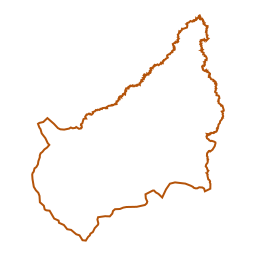 Ban Kruat, Buri Ram, Thailand
{"feature_id": "78962969B45886211066420", "entity_name": "Ban Kruat", "entity_type": "district", "adm_level": 2, "iso_a3": "THA", "parent_name": "Thailand", "parent_adm1": "Buri Ram", "projection": "albers", "projection_center": [103.161, 14.416], "detail": "fine", "context": "isolated", "style": "outline", "palette": "amber", "viewbox_px": 256, "rotation_deg": 0, "n_neighbors": 0, "source": "geoboundaries", "source_scale": "gbopen_adm2", "svg_char_len": 5764}
<svg xmlns="http://www.w3.org/2000/svg" viewBox="0 0 256 256"><path d="M200.4,43.9L200.7,42.8L200.2,41.5L201.6,40.8L201.3,40.4L202.0,40.3L201.8,39.9L203.7,39.6L204.2,40.3L204.5,39.3L205.5,40.2L206.5,39.9L206.5,40.5L208.3,38.6L207.6,38.4L206.9,36.9L207.5,35.4L206.6,34.9L206.5,31.6L206.0,31.7L206.2,30.6L206.7,30.4L206.4,28.8L206.9,28.5L206.8,27.7L207.5,27.4L207.6,26.1L206.1,25.9L204.0,24.2L204.5,23.3L203.5,23.3L203.7,21.6L203.0,21.4L203.0,20.4L202.1,20.4L202.9,20.0L202.1,18.6L201.2,18.4L200.8,19.4L199.9,19.2L199.5,18.2L200.3,16.8L199.7,15.4L198.9,15.9L198.6,17.9L197.8,17.7L196.8,19.1L196.1,18.3L195.8,20.0L194.9,20.0L194.5,20.9L194.0,21.2L193.4,20.4L192.2,21.6L190.5,21.0L188.7,22.6L187.3,22.9L187.2,23.8L186.4,24.1L187.4,25.1L187.0,27.5L183.0,28.9L182.0,28.7L181.6,30.4L180.3,31.2L180.2,31.8L179.3,31.3L178.9,33.5L177.8,34.7L178.4,36.6L178.0,37.0L178.4,37.2L178.2,38.5L178.7,38.8L178.0,39.4L178.0,40.2L177.5,40.3L178.1,41.3L177.2,41.7L177.6,42.1L177.2,42.4L176.0,42.1L175.6,42.6L175.3,42.1L174.9,42.7L172.8,44.0L173.3,45.8L174.2,46.2L174.4,46.8L173.7,47.5L174.1,48.3L174.7,48.3L174.7,49.2L173.7,49.0L173.4,49.9L173.7,50.2L172.0,51.2L172.3,52.2L170.6,52.9L169.9,54.2L169.0,54.2L167.3,55.2L167.0,56.0L167.8,57.6L165.9,58.7L165.5,59.4L163.9,60.0L163.9,60.7L162.9,61.1L162.8,62.9L162.3,62.6L161.9,63.2L161.7,62.6L160.9,62.6L160.7,63.6L158.6,65.2L157.5,64.4L156.2,65.2L154.7,64.8L153.8,65.9L154.3,66.4L152.4,67.5L152.6,68.3L150.6,68.1L150.4,68.6L151.2,70.1L150.3,70.6L150.8,71.0L150.6,71.8L150.2,71.7L150.4,72.3L149.6,72.4L149.8,73.1L149.0,73.3L148.7,74.1L148.4,73.7L148.1,74.2L147.6,73.9L147.7,74.3L146.9,74.9L146.3,74.6L146.1,75.0L145.0,74.9L144.3,74.4L143.7,75.3L145.0,75.9L144.6,76.1L144.8,76.7L144.2,76.8L144.3,77.4L143.7,77.6L144.1,77.8L143.8,79.2L143.0,79.1L141.6,79.9L142.5,81.2L141.5,81.7L140.9,81.5L140.5,82.9L139.7,83.2L139.8,84.8L139.1,84.4L137.5,84.7L137.8,85.2L137.5,85.6L136.6,85.9L135.2,85.4L134.6,86.2L133.1,86.3L132.7,85.3L131.1,86.1L130.3,85.6L129.6,86.2L130.0,86.5L128.5,87.3L128.6,88.5L128.1,88.6L127.8,87.8L127.3,88.5L126.2,88.3L125.5,89.9L126.3,90.9L126.1,91.3L125.2,91.1L125.1,92.3L124.5,93.1L125.2,93.7L125.1,94.4L124.5,94.0L124.0,94.3L124.0,93.8L122.9,94.1L122.3,96.1L120.8,96.2L121.0,97.0L120.1,96.4L119.1,97.1L118.9,98.0L119.4,98.5L118.7,99.0L119.1,99.4L118.5,99.5L118.3,100.7L116.8,101.3L117.1,101.8L116.3,102.4L116.6,104.1L115.5,104.3L115.0,103.9L113.4,105.1L112.4,104.9L112.1,105.4L111.4,105.1L111.1,105.6L108.8,105.8L106.8,107.0L107.1,108.2L105.7,108.3L105.2,107.8L102.9,108.0L102.0,108.4L101.9,109.0L100.4,108.8L99.6,109.9L97.6,109.7L96.9,110.3L95.9,110.0L94.8,111.4L92.7,112.1L93.0,113.3L91.6,114.7L90.1,114.4L90.1,113.8L88.9,113.6L87.2,114.7L86.6,114.5L85.2,116.7L86.1,118.5L84.8,118.5L83.5,119.1L82.3,123.4L81.0,124.2L80.9,125.2L81.7,125.9L81.8,127.5L81.1,127.8L81.0,128.4L79.0,128.8L76.2,127.0L75.5,127.8L72.8,128.3L70.8,127.5L69.1,128.6L64.2,129.6L60.3,129.3L57.9,128.1L53.9,123.8L47.4,118.1L43.3,122.0L39.4,122.9L38.0,123.8L39.4,127.6L40.5,129.1L41.7,133.4L45.4,138.2L47.7,143.1L49.3,144.9L47.1,147.5L44.4,149.4L42.4,151.9L40.6,153.3L39.8,155.4L39.8,157.3L38.4,161.1L37.9,164.4L36.3,167.1L34.5,168.4L33.7,171.7L32.6,173.1L32.2,174.7L32.5,179.1L33.8,186.8L35.9,190.3L38.3,192.8L39.5,195.9L39.9,202.3L43.8,205.7L44.7,209.4L46.2,210.3L49.6,210.7L54.2,218.6L58.6,220.6L59.0,222.8L63.9,225.0L67.2,229.2L71.1,229.9L76.3,234.3L79.5,235.3L82.5,240.2L85.8,240.6L88.1,236.9L89.8,235.4L90.4,233.7L92.9,232.0L94.7,228.2L98.1,224.6L98.3,223.2L97.4,219.5L98.1,217.2L105.2,216.2L109.8,216.4L112.3,213.6L113.0,211.0L115.0,209.2L119.9,209.0L123.3,207.6L126.5,207.0L136.8,206.8L144.9,205.0L146.7,203.4L147.3,201.6L145.8,198.3L145.5,194.3L152.9,190.5L154.0,190.5L155.8,192.4L158.5,193.9L162.2,197.5L166.0,189.4L169.9,183.7L175.0,182.4L185.3,183.6L190.7,185.7L193.0,186.9L193.6,187.7L195.4,188.3L197.3,188.3L199.2,187.3L202.4,187.5L204.1,188.6L204.9,191.3L210.3,188.7L210.4,183.8L209.8,182.3L210.1,181.3L209.2,179.9L208.3,179.4L207.4,175.5L207.7,174.7L206.7,173.3L207.2,173.3L207.6,171.7L208.4,170.7L207.5,169.9L206.9,167.8L205.7,166.3L206.2,164.5L207.5,162.8L207.9,160.7L207.5,160.0L208.1,159.3L207.4,158.4L207.6,156.9L206.9,156.0L207.1,153.3L208.9,151.0L209.5,150.9L210.1,151.5L212.5,149.7L214.7,146.2L215.5,143.2L215.4,142.4L214.1,141.6L211.6,140.8L210.8,141.1L209.2,140.3L208.8,139.5L207.0,138.3L206.5,136.6L207.1,136.1L206.9,135.5L207.5,135.3L207.4,134.9L207.9,134.9L207.2,134.0L208.7,134.2L209.6,133.6L209.9,134.0L210.4,133.5L210.5,133.9L211.7,132.8L213.6,133.1L214.3,132.7L214.3,132.0L215.9,131.9L216.6,131.4L216.7,130.3L217.1,130.2L217.5,129.0L217.2,128.7L217.7,128.4L217.3,127.8L218.2,126.9L218.5,124.5L219.8,123.1L220.2,121.1L221.8,119.4L222.1,118.0L222.8,117.8L222.5,117.3L223.2,116.1L222.6,114.4L223.0,113.4L221.8,111.5L223.6,110.9L223.8,110.2L222.5,106.0L221.7,105.9L221.9,105.5L220.9,105.2L220.9,104.7L218.6,103.0L218.7,101.7L218.1,101.1L218.7,100.5L218.5,99.3L219.4,98.3L219.1,96.6L218.5,95.6L216.5,95.2L216.7,93.0L215.2,92.2L215.1,91.4L215.9,89.9L215.6,88.7L216.3,88.4L215.5,86.6L216.4,85.3L216.4,83.8L215.7,83.5L215.2,83.8L215.0,83.4L215.8,82.2L214.9,81.3L214.7,81.6L213.5,81.2L213.7,80.4L213.3,79.8L211.1,79.2L210.1,77.2L208.8,77.0L208.9,76.0L209.5,75.4L209.1,75.0L210.0,74.2L210.0,73.7L208.3,72.1L207.5,72.1L207.4,70.8L206.2,71.4L205.7,70.9L205.8,70.2L204.6,70.9L202.9,69.7L202.9,68.1L202.4,67.9L202.1,66.4L202.9,65.6L204.1,66.0L204.9,64.8L204.3,63.9L205.0,62.8L204.2,62.0L204.9,61.7L205.5,60.6L205.3,60.1L206.1,59.7L206.6,59.9L206.8,58.3L205.9,56.3L204.8,56.1L205.0,55.6L204.3,54.6L203.2,54.4L203.6,52.7L201.7,51.7L201.9,51.1L201.5,50.8L202.0,50.3L201.4,50.2L202.7,49.6L202.0,49.0L202.0,48.4L201.5,48.4L201.7,47.1L200.9,46.0L201.5,45.4L200.9,44.3L201.2,43.8L200.4,43.9Z" fill="none" stroke="#b45309" stroke-width="2"/></svg>